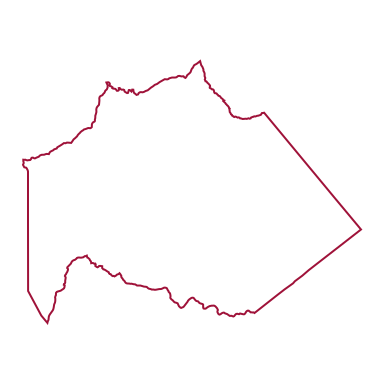 outline of Rondon do Pará, Pará, Brazil
{"feature_id": "56859067B15307403592374", "entity_name": "Rondon do Pará", "entity_type": "district", "adm_level": 2, "iso_a3": "BRA", "parent_name": "Brazil", "parent_adm1": "Pará", "projection": "albers", "projection_center": [-48.579, -4.482], "detail": "fine", "context": "isolated", "style": "outline", "palette": "rose", "viewbox_px": 384, "rotation_deg": 0, "n_neighbors": 0, "source": "geoboundaries", "source_scale": "gbopen_adm2", "svg_char_len": 5807}
<svg xmlns="http://www.w3.org/2000/svg" viewBox="0 0 384 384"><path d="M254.5,313.0L277.6,294.8L283.3,290.4L284.3,289.6L293.1,283.3L294.9,281.2L302.3,275.7L308.8,270.1L333.9,250.6L361.0,229.5L352.1,218.8L334.1,197.2L264.1,112.7L263.1,113.0L262.0,113.0L261.4,113.8L261.1,114.6L260.3,115.0L258.2,115.7L257.1,115.8L256.2,116.2L255.2,116.5L254.2,116.3L253.4,116.8L252.5,116.9L251.8,117.3L251.0,117.6L250.6,118.4L249.5,118.7L248.6,118.3L247.6,118.6L246.8,118.9L245.9,118.7L242.7,119.0L240.9,118.4L240.1,118.4L239.5,117.7L238.6,117.4L237.6,117.6L235.9,116.7L235.0,116.6L234.3,117.0L233.6,116.7L232.9,116.0L232.1,115.6L231.9,114.8L231.0,114.3L230.7,113.4L229.7,111.9L229.7,110.9L229.4,109.7L229.7,108.6L229.0,108.1L228.9,107.3L227.8,105.8L227.0,105.2L226.5,104.4L225.8,103.9L225.4,103.1L223.3,101.1L224.1,100.4L223.2,100.0L222.8,99.2L222.1,98.6L221.3,98.1L220.2,96.6L219.6,96.0L218.5,95.8L218.0,95.0L217.3,94.5L216.7,93.6L215.8,93.2L214.9,93.2L214.3,92.6L214.0,91.0L213.6,89.9L212.8,89.3L211.9,89.3L211.4,88.7L210.6,88.4L209.8,87.9L209.7,87.1L210.1,86.3L210.0,85.5L208.3,83.5L207.5,82.9L206.4,81.4L205.5,81.3L205.2,80.4L204.8,79.6L205.3,78.0L204.6,76.2L204.6,73.5L204.2,72.2L203.6,71.2L203.4,70.3L203.4,69.3L202.3,66.7L201.2,65.2L201.0,64.2L200.6,63.3L200.5,62.4L200.1,61.1L198.5,62.4L197.4,63.3L196.2,64.1L195.0,64.7L194.0,65.4L193.4,66.6L192.8,67.8L192.1,68.4L191.5,69.5L190.6,72.0L189.8,73.0L187.2,75.2L186.4,76.8L185.5,77.9L184.5,77.5L183.5,76.3L181.3,76.4L179.6,75.9L178.2,76.0L176.4,77.3L175.2,77.5L172.1,77.5L170.3,78.0L169.2,78.3L168.5,79.0L167.2,79.4L164.7,79.2L159.6,82.1L157.2,83.9L154.7,84.9L153.3,86.1L151.0,87.6L148.7,89.5L147.7,90.3L145.6,91.0L144.2,91.8L142.7,92.3L140.8,92.1L139.6,92.4L138.6,93.2L138.1,94.4L136.5,94.9L135.2,93.7L134.3,93.2L133.6,91.8L133.3,89.7L132.2,89.6L131.4,91.5L129.8,90.0L128.8,90.1L128.0,92.9L127.1,93.1L126.1,92.5L125.4,92.1L124.6,91.5L124.2,90.0L123.3,89.6L121.7,89.7L120.2,88.9L119.7,88.0L118.8,88.1L119.0,89.5L118.7,90.3L117.9,90.8L116.8,90.7L116.4,90.0L115.4,88.9L114.3,88.7L113.1,88.6L112.2,88.0L112.5,87.3L111.1,86.3L110.0,86.1L109.4,85.3L109.9,84.0L109.5,83.1L108.6,82.3L107.6,82.3L106.4,82.5L107.0,83.9L107.6,84.9L107.6,87.5L106.8,89.4L105.3,90.7L104.9,91.8L104.2,93.1L103.5,93.6L102.4,95.2L101.0,95.8L100.3,96.2L99.6,97.1L99.3,98.2L99.4,100.7L99.0,104.8L98.2,105.7L97.5,106.5L96.8,107.5L96.5,108.4L96.3,109.4L96.4,112.0L96.0,113.6L95.3,115.8L95.3,117.2L95.2,118.4L94.9,119.4L94.9,121.0L94.4,121.7L93.6,122.0L92.9,122.5L92.2,123.5L91.9,124.4L91.8,127.1L91.1,127.8L90.3,128.2L88.2,128.0L85.7,129.0L84.9,129.2L83.9,129.5L83.2,130.2L82.0,130.9L80.5,132.1L80.0,132.8L78.6,134.1L77.7,135.2L77.0,136.4L75.8,137.5L75.2,138.1L73.6,139.4L72.0,141.8L71.2,142.9L69.0,142.7L66.9,142.6L65.6,143.2L63.9,143.1L62.1,144.4L60.2,145.6L57.3,147.3L56.7,148.5L54.2,149.3L53.3,150.2L50.5,151.6L49.7,152.4L48.9,154.1L46.6,153.9L45.5,154.2L44.2,154.7L41.6,154.8L40.1,155.4L39.5,155.9L38.8,156.7L36.5,157.6L35.2,158.3L34.2,158.3L32.9,157.6L31.6,157.8L30.8,159.4L30.2,160.0L28.2,160.2L27.3,160.4L26.5,160.2L25.3,159.7L24.2,159.8L23.3,159.7L23.3,161.2L23.6,162.1L23.7,163.1L23.0,164.8L24.3,167.3L26.2,167.7L26.8,168.5L27.7,170.3L28.0,171.5L28.0,197.3L28.0,220.8L28.1,291.0L41.3,315.6L47.4,322.9L47.7,321.6L48.5,319.8L48.8,316.8L49.1,315.8L49.8,314.5L52.8,310.3L53.3,309.2L53.7,307.5L54.0,305.5L54.2,304.4L55.0,302.5L55.2,301.5L55.3,300.5L55.3,298.5L55.1,297.5L55.4,296.2L55.9,295.2L56.0,292.9L56.8,291.9L57.8,291.5L60.7,290.7L61.5,290.1L63.2,289.0L64.0,288.3L64.4,287.4L64.7,285.5L63.8,284.9L64.0,284.0L64.8,283.5L65.2,282.6L65.2,280.7L65.7,277.7L65.4,276.8L64.9,276.0L65.2,275.1L65.9,274.4L66.3,273.4L67.3,271.8L68.0,269.8L67.9,268.8L67.2,268.1L67.3,267.3L70.9,263.6L71.4,262.4L72.1,261.3L72.8,260.7L73.7,260.2L74.8,259.9L75.6,259.3L76.4,258.7L76.9,258.0L77.9,257.6L79.0,257.5L81.0,257.7L82.1,257.5L83.2,257.3L84.9,256.1L85.9,256.1L86.8,255.6L87.3,257.5L88.2,257.9L89.7,259.4L90.0,260.4L90.8,261.2L91.1,262.1L91.2,263.2L92.3,263.0L93.5,263.2L94.3,263.8L95.3,263.6L95.7,264.4L95.3,265.9L96.6,266.9L97.6,267.3L98.4,266.8L99.1,266.0L100.1,265.9L102.2,266.2L102.2,268.1L102.8,268.7L103.4,269.4L104.3,269.5L106.0,270.5L106.8,271.1L108.8,272.3L109.0,273.3L109.7,274.0L110.6,274.1L111.2,274.9L111.9,275.6L112.8,276.1L113.8,275.9L114.5,276.4L115.3,276.0L116.1,275.5L116.8,274.7L118.7,274.0L119.5,273.2L120.2,274.0L121.3,275.8L121.3,276.9L121.8,277.8L122.6,278.6L123.0,279.6L124.5,281.0L125.0,281.9L125.7,282.8L126.5,283.3L127.7,283.5L128.9,283.5L130.4,283.8L131.5,283.7L133.5,284.2L135.3,284.4L137.0,285.5L140.3,285.5L144.0,286.6L146.2,286.8L147.1,287.2L147.8,288.0L148.7,288.6L151.0,289.2L151.9,289.6L153.0,289.5L154.9,289.8L156.0,289.7L159.1,289.1L161.1,289.0L162.2,288.6L164.0,287.7L165.0,287.6L166.0,287.8L166.9,288.3L167.8,290.2L168.4,290.9L168.6,291.8L169.9,293.2L170.2,294.0L170.5,295.8L170.5,296.6L170.3,297.4L170.5,298.3L171.5,299.4L172.8,300.4L174.0,301.8L174.8,302.4L175.8,302.6L177.6,303.3L178.6,305.5L179.0,306.3L180.5,307.7L181.3,307.9L182.1,307.5L183.0,307.2L183.8,306.6L187.5,301.8L188.1,300.6L189.4,299.3L191.5,297.9L192.4,297.7L193.3,297.8L194.0,298.3L194.5,299.1L195.8,300.6L196.5,301.0L197.3,301.2L198.1,301.4L198.8,302.2L199.3,302.9L200.3,303.4L202.4,304.0L203.1,304.5L203.2,307.7L203.6,308.5L204.7,308.7L205.7,308.6L207.7,307.1L209.6,306.1L211.6,305.7L214.0,305.6L215.2,306.2L215.9,306.9L217.1,308.3L217.9,310.0L217.5,311.0L217.4,311.8L217.7,312.7L218.6,314.2L219.6,314.6L220.7,314.1L221.5,313.4L222.3,313.0L223.3,312.6L224.2,312.7L224.9,313.3L227.2,314.1L229.7,315.9L231.5,315.8L233.3,316.5L234.2,316.1L235.2,314.8L236.2,313.9L237.5,313.8L238.5,314.1L239.3,314.1L240.0,313.5L243.4,314.3L244.4,314.2L245.2,313.4L246.2,311.7L246.8,311.1L247.5,310.7L248.7,310.7L250.8,312.4L251.6,312.3L252.7,312.5L253.7,312.4L254.5,313.0Z" fill="none" stroke="#9f1239" stroke-width="2"/></svg>